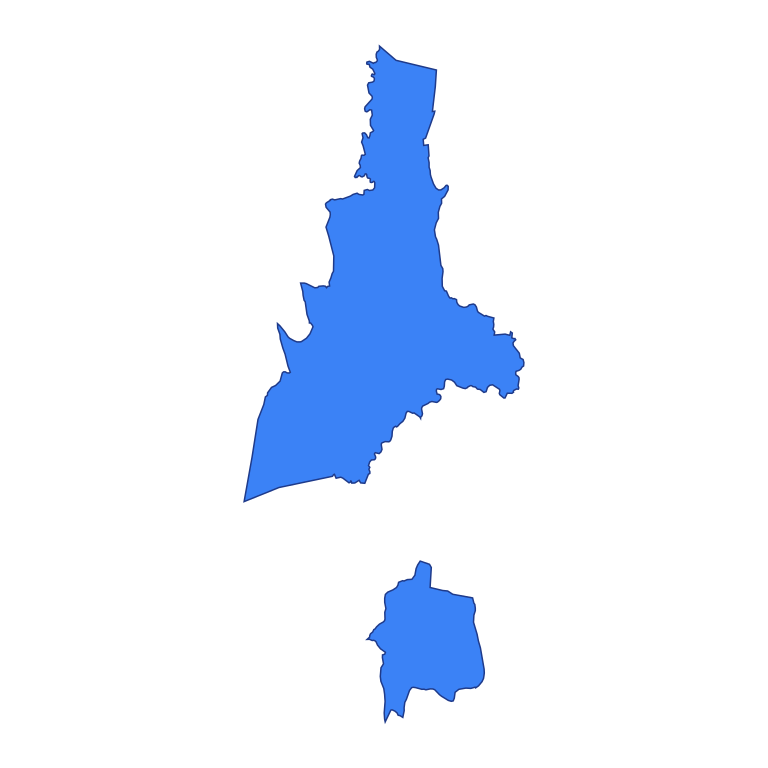 outline of Huehuetla, Puebla, Mexico
{"feature_id": "50627088B77344252061017", "entity_name": "Huehuetla", "entity_type": "district", "adm_level": 2, "iso_a3": "MEX", "parent_name": "Mexico", "parent_adm1": "Puebla", "projection": "equal_earth", "projection_center": [-97.616, 20.098], "detail": "fine", "context": "isolated", "style": "filled", "palette": "blue", "viewbox_px": 768, "rotation_deg": 0, "n_neighbors": 0, "source": "geoboundaries", "source_scale": "gbopen_adm2", "svg_char_len": 6094}
<svg xmlns="http://www.w3.org/2000/svg" viewBox="0 0 768 768"><path d="M434.8,111.2L432.4,111.5L435.3,86.7L436.4,70.0L396.0,60.3L379.5,46.1L379.6,49.4L378.3,51.2L377.0,52.0L376.2,54.2L376.3,57.4L377.4,60.0L377.1,61.0L375.6,62.5L374.2,62.6L373.5,63.3L369.4,61.3L366.9,62.1L366.7,63.4L367.0,64.2L369.2,64.4L370.0,67.2L372.7,69.1L374.8,73.3L374.8,74.0L374.0,74.7L372.7,74.0L372.0,74.2L371.4,75.7L371.5,76.3L373.4,77.1L374.2,78.1L374.4,78.8L374.1,80.9L372.6,82.1L368.7,82.8L367.5,85.1L369.0,93.0L372.1,96.3L372.3,97.8L372.0,99.1L365.1,106.8L364.6,108.8L365.2,111.2L366.4,111.8L367.4,111.6L369.8,109.7L371.6,110.1L372.3,115.1L370.3,119.3L370.5,125.4L373.6,130.5L373.0,131.4L370.3,132.9L370.0,135.4L369.0,138.0L367.7,137.7L366.5,134.8L364.7,132.9L362.7,133.0L362.1,133.7L363.0,137.8L361.6,142.1L363.1,145.8L365.3,154.3L364.0,155.3L362.0,155.1L361.5,155.5L361.0,158.4L359.6,161.1L359.2,163.2L360.2,165.3L360.4,167.6L357.2,170.5L354.5,176.4L355.2,177.5L355.9,177.5L356.3,177.1L356.9,177.4L358.7,175.6L359.7,175.6L361.1,176.7L362.3,176.9L364.4,175.7L365.1,174.0L365.9,173.8L366.6,174.4L367.1,177.0L367.7,178.0L369.6,178.4L370.4,179.1L370.1,180.9L370.4,182.3L371.6,182.5L372.6,182.2L373.3,181.4L374.2,181.5L374.8,182.8L374.6,187.8L372.8,190.0L369.4,190.5L367.4,189.5L364.2,190.4L363.9,194.3L362.7,195.0L358.9,194.4L357.1,193.2L353.1,194.4L350.4,196.1L342.5,199.0L340.7,198.6L334.7,199.9L332.4,199.1L330.3,199.7L330.3,200.3L326.4,202.8L325.5,204.1L326.1,207.3L330.1,212.1L330.3,214.6L329.9,217.2L326.0,227.1L328.8,236.4L333.8,256.0L333.5,271.3L332.2,273.5L330.9,277.9L329.1,282.1L329.6,286.0L327.4,286.5L326.6,287.7L325.3,286.2L323.2,285.9L318.8,286.3L317.7,287.5L314.8,287.8L306.3,283.6L304.3,283.1L300.6,283.1L302.8,291.5L303.1,295.3L304.1,300.3L305.2,301.7L307.0,314.4L309.3,320.9L309.4,323.0L310.6,323.0L312.4,325.3L313.0,326.8L310.0,333.8L306.5,338.2L301.4,341.6L300.1,341.9L296.9,341.9L293.8,340.6L289.6,338.3L288.0,336.8L284.8,331.8L279.8,325.7L277.5,323.6L277.7,328.1L279.9,334.3L280.3,339.1L282.9,348.2L285.1,354.2L288.0,366.1L290.3,372.3L289.3,373.0L287.1,372.9L285.2,371.8L283.5,371.9L282.3,373.0L280.1,381.1L275.6,385.5L271.5,387.4L267.6,392.8L267.4,395.4L265.4,396.9L263.8,404.5L258.0,419.4L252.0,457.5L244.1,501.6L279.0,487.5L332.5,476.3L333.6,474.6L334.4,474.3L336.1,478.2L340.8,477.2L342.8,478.1L349.0,482.8L350.0,482.4L350.8,481.0L351.2,481.2L351.8,483.1L354.8,483.0L359.1,480.3L360.7,482.9L364.8,483.3L368.4,474.2L369.8,473.5L369.9,471.8L368.9,469.2L369.8,467.3L368.5,465.6L369.7,461.9L371.4,460.0L374.5,459.7L375.3,458.9L375.7,457.8L375.5,456.4L374.5,454.2L374.6,453.5L375.3,452.7L379.1,453.6L380.9,452.0L382.0,449.4L381.3,445.0L381.4,443.6L382.1,442.8L385.1,441.6L388.9,441.8L389.8,441.3L390.8,439.9L392.0,436.2L392.3,431.4L393.3,428.0L394.5,426.8L395.7,426.3L396.5,426.9L397.5,426.4L400.0,423.6L402.9,421.3L404.9,418.1L406.1,413.1L407.3,411.4L408.8,411.4L412.6,413.2L414.2,413.0L419.8,416.9L420.6,418.3L420.7,417.1L421.9,415.9L422.5,413.8L421.6,409.2L421.7,407.7L422.8,406.0L428.0,403.5L429.6,402.2L431.9,401.5L436.5,402.4L437.5,402.1L439.4,400.5L440.7,398.8L440.9,396.6L440.2,395.2L439.0,394.4L437.1,394.1L436.3,390.9L436.6,389.3L437.5,388.8L441.0,389.5L443.6,388.7L444.3,386.3L444.6,381.8L445.7,379.5L447.7,379.1L451.6,380.0L454.5,382.2L456.8,385.7L462.9,388.1L465.3,388.6L467.5,387.6L468.0,386.8L470.6,385.6L471.6,385.7L472.8,386.6L475.6,387.1L477.4,389.1L480.2,389.5L483.9,392.4L486.1,391.7L487.5,387.4L489.7,385.3L492.6,384.8L499.5,389.3L499.9,390.7L499.3,393.4L499.8,394.7L503.8,398.0L505.0,398.0L507.3,393.2L512.0,393.3L513.5,392.2L513.2,391.6L513.7,390.5L516.5,389.0L518.3,389.2L518.8,388.0L518.1,385.6L519.1,379.4L519.0,377.7L518.3,376.6L515.8,374.7L515.7,372.7L516.1,371.3L519.0,370.4L520.8,369.2L522.0,367.1L523.6,366.0L523.9,362.6L523.1,359.5L520.2,357.9L519.3,353.2L513.4,345.7L513.0,343.0L514.0,341.4L515.7,339.8L514.9,338.5L513.9,338.7L511.8,337.8L512.3,333.0L510.6,331.8L509.8,335.3L505.1,334.1L494.2,335.1L494.7,331.9L492.9,329.1L493.6,327.0L493.8,324.4L493.3,321.5L493.9,318.0L487.6,316.3L486.0,315.5L484.5,316.1L478.3,312.3L477.4,310.8L476.4,307.0L474.9,304.7L473.3,304.0L469.2,304.9L468.0,306.2L466.5,307.0L463.8,307.4L459.7,306.0L458.1,304.6L456.8,302.3L456.5,299.6L454.3,298.6L453.0,298.8L451.3,297.8L450.1,298.1L449.4,297.4L448.5,296.0L446.4,291.1L444.6,290.7L442.3,286.3L442.1,278.5L443.0,271.7L442.8,268.7L440.9,265.3L438.5,245.1L436.7,239.3L435.5,236.8L434.4,229.8L436.2,222.9L438.5,218.4L438.3,212.3L439.9,206.4L441.6,203.3L441.5,198.9L444.6,196.4L448.1,189.9L448.2,186.3L447.0,185.2L446.0,185.5L444.1,187.8L440.9,189.9L438.6,190.0L436.0,188.2L433.5,183.9L431.1,177.2L430.4,174.6L430.1,170.4L429.1,167.3L429.1,162.6L428.1,157.8L429.0,155.9L428.2,144.8L423.7,145.4L423.2,139.3L425.6,138.1L434.1,114.1L434.8,111.2ZM472.6,597.9L452.8,594.3L447.7,591.0L442.7,590.5L430.1,587.5L431.3,567.5L429.5,564.3L420.2,561.1L417.7,564.9L416.1,568.6L414.9,575.2L411.9,579.3L407.3,579.6L404.0,581.0L402.6,580.7L398.6,582.3L397.9,585.2L396.5,587.5L392.9,589.9L387.8,592.1L385.4,594.4L384.7,598.3L384.7,602.3L385.9,608.6L384.8,612.3L385.0,619.0L384.6,620.6L383.4,621.9L379.5,624.1L376.6,626.8L375.1,628.9L373.8,629.6L372.7,632.0L370.5,633.8L369.8,635.4L369.6,637.1L367.1,639.4L369.5,639.3L372.2,640.5L373.7,640.3L375.0,640.8L376.1,641.9L377.5,645.1L380.5,648.8L385.4,652.3L384.7,654.2L382.5,654.9L382.4,657.6L383.5,663.8L381.0,667.8L380.3,676.4L380.9,681.3L383.8,688.6L384.6,694.2L385.1,701.4L384.2,712.9L384.6,719.1L385.2,721.9L390.8,710.2L392.0,709.8L394.9,711.1L397.1,713.0L398.1,715.2L400.1,715.7L402.8,717.4L404.2,710.6L404.1,707.8L404.8,702.4L406.4,699.3L409.5,690.5L411.7,687.6L413.2,687.3L415.5,687.6L421.8,689.3L424.0,689.2L425.9,689.8L430.3,688.9L432.9,689.0L434.7,689.7L439.4,694.6L441.6,696.3L448.3,700.4L451.3,701.3L453.2,700.9L454.3,698.2L455.1,692.3L458.9,689.3L465.9,688.1L470.8,688.4L475.1,687.2L475.6,687.9L478.5,685.9L482.0,681.7L483.5,678.5L483.9,676.1L484.3,673.0L484.1,669.1L480.4,647.8L478.4,640.9L477.1,634.3L473.5,622.2L473.9,615.1L475.3,610.7L475.3,608.2L474.8,604.4L473.9,603.2L472.6,597.9Z" fill="#3b82f6" stroke="#1e3a8a" stroke-width="1.5"/></svg>